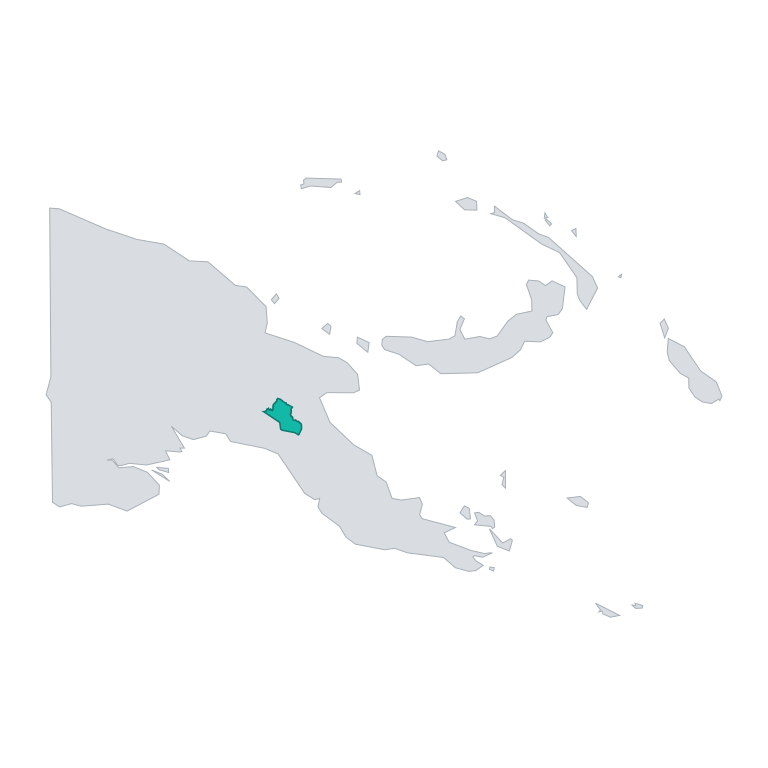 location of Menyamya District, Morobe, Papua New Guinea
{"feature_id": "67681753B12937966801252", "entity_name": "Menyamya District", "entity_type": "district", "adm_level": 2, "iso_a3": "PNG", "parent_name": "Papua New Guinea", "parent_adm1": "Morobe", "projection": "orthographic", "projection_center": [146.094, -7.257], "detail": "fine", "context": "in_parent", "style": "filled", "palette": "teal", "viewbox_px": 768, "rotation_deg": 0, "n_neighbors": 0, "source": "geoboundaries", "source_scale": "gbopen_adm2", "svg_char_len": 7265}
<svg xmlns="http://www.w3.org/2000/svg" viewBox="0 0 768 768"><path d="M52.5,502.3L51.2,402.2L46.1,394.8L50.9,376.9L49.7,208.1L59.3,208.8L105.6,228.9L136.9,239.4L164.1,244.2L189.3,260.9L207.9,261.8L235.4,285.4L246.6,287.0L266.1,306.7L267.3,322.8L265.1,332.9L294.8,342.6L323.2,356.3L338.6,357.8L347.1,362.6L357.6,374.4L359.5,390.1L353.4,392.8L326.9,392.6L319.5,397.7L330.0,422.4L353.9,445.0L371.9,455.3L377.1,475.7L386.2,482.1L392.0,498.3L401.3,500.1L419.5,497.6L422.4,504.3L419.6,514.5L422.2,518.7L455.4,527.5L444.2,532.8L449.2,542.2L470.8,550.4L484.2,553.5L492.3,552.7L482.8,557.2L474.4,555.7L472.8,557.1L476.2,561.1L483.2,565.3L475.8,570.6L468.6,571.3L455.2,567.7L443.6,557.5L407.4,552.8L394.8,548.3L384.9,549.8L355.4,544.2L345.9,537.0L339.5,526.3L322.0,513.3L318.0,506.9L319.7,498.4L314.9,499.7L304.8,493.5L278.1,453.9L264.5,448.3L230.6,441.5L225.7,433.8L209.8,431.0L206.3,436.1L193.4,439.6L182.4,435.9L171.4,426.3L184.4,448.1L179.9,448.1L182.0,451.5L179.6,452.0L165.5,450.8L169.8,459.8L146.6,465.0L129.3,463.3L121.1,465.6L117.7,465.4L113.2,458.7L106.9,460.0L112.2,460.1L118.9,467.8L133.4,466.6L147.4,472.3L159.4,485.3L159.0,494.3L127.0,511.1L108.3,504.1L81.3,506.2L71.6,503.6L59.6,506.9L52.5,502.3ZM538.8,281.0L545.4,285.6L552.1,280.9L565.0,286.9L562.4,308.6L558.1,314.6L547.2,316.6L545.8,319.8L552.8,332.7L549.8,337.2L540.3,341.9L524.6,341.2L520.4,349.9L511.6,357.6L477.6,372.8L440.8,373.7L428.7,364.0L416.0,365.7L399.0,354.3L384.7,349.6L381.8,345.2L382.2,339.6L386.1,336.3L411.6,337.1L427.8,341.7L449.0,339.1L455.0,335.7L457.3,321.8L460.8,316.0L464.4,318.7L459.9,329.5L464.8,339.2L480.0,336.5L489.6,338.9L497.1,336.1L507.9,321.1L516.4,314.3L531.9,311.0L531.7,299.9L526.4,284.5L528.6,280.1L538.8,281.0ZM721.9,395.8L719.9,400.8L718.9,399.1L711.2,403.6L702.4,401.9L694.7,396.8L688.9,387.9L688.7,378.0L680.3,373.4L669.3,360.6L667.2,352.2L668.3,338.5L684.4,346.8L700.6,370.9L716.2,381.8L721.9,395.8ZM597.6,287.9L586.6,309.4L579.9,300.5L577.3,294.2L576.9,277.6L559.6,252.6L541.7,244.1L505.3,217.9L490.9,213.7L494.5,212.5L494.5,206.2L512.5,219.8L523.7,223.2L538.5,233.8L548.6,237.5L592.5,276.7L597.6,287.9ZM306.3,178.1L341.0,179.1L341.6,182.0L337.0,182.3L331.1,187.5L310.4,186.0L301.3,188.7L300.7,185.0L304.0,183.9L303.5,180.1L306.3,178.1ZM478.6,512.3L484.8,516.1L490.2,515.7L494.1,520.0L494.7,527.0L492.4,528.6L491.0,526.4L474.4,524.8L477.6,520.9L474.6,512.9L478.6,512.3ZM476.9,210.1L464.7,209.9L455.5,201.4L467.5,197.5L476.6,201.4L476.9,210.1ZM502.8,543.0L510.6,538.7L512.4,540.3L509.3,551.0L497.3,546.2L489.4,528.8L502.8,543.0ZM567.2,498.1L580.3,496.4L586.6,501.2L588.4,502.9L587.1,507.4L576.2,505.4L567.2,498.1ZM595.5,603.2L619.6,615.4L610.5,617.2L602.9,613.9L602.0,611.0L598.9,611.9L600.5,609.9L595.5,603.2ZM367.8,352.3L356.8,343.2L357.4,337.1L369.1,342.6L367.8,352.3ZM470.4,518.9L467.2,519.2L460.0,512.8L464.4,505.8L469.4,508.5L470.4,518.9ZM664.7,337.9L660.1,323.3L664.3,319.0L668.4,328.3L664.7,337.9ZM329.6,334.3L321.9,328.6L327.6,323.4L331.0,326.2L329.6,334.3ZM446.8,159.8L442.5,160.8L436.9,156.1L438.5,150.8L445.0,154.3L446.8,159.8ZM279.0,298.5L274.5,303.7L271.3,299.7L276.4,293.9L279.0,298.5ZM505.4,470.6L505.5,488.1L502.0,484.6L503.8,477.4L500.3,475.3L505.4,470.6ZM162.3,474.3L169.7,481.4L151.7,470.0L162.3,474.3ZM168.7,472.5L158.8,469.7L156.8,467.4L168.4,468.4L168.7,472.5ZM642.8,605.6L642.1,608.1L635.7,608.4L631.5,604.8L635.6,605.7L635.0,603.2L642.8,605.6ZM575.9,228.4L576.2,236.5L571.6,230.8L575.9,228.4ZM551.7,223.8L549.8,225.9L545.2,220.2L546.1,219.1L551.7,223.8ZM494.3,567.6L493.6,571.1L489.3,569.2L489.9,567.0L494.3,567.6ZM547.8,217.5L544.3,218.4L544.9,212.9L547.8,217.5ZM359.6,190.6L360.0,194.6L355.0,193.6L359.6,190.6ZM621.5,274.2L620.9,277.9L618.3,276.7L621.5,274.2Z" fill="#d9dde1" stroke="#a8b0b8" stroke-width="1"/><path d="M290.1,405.9L288.3,404.8L288.0,404.8L287.8,404.8L287.5,404.8L287.4,404.8L287.2,404.9L286.9,404.8L286.8,404.7L286.6,404.5L286.6,404.4L286.5,404.2L286.5,403.8L286.4,403.7L286.3,403.4L286.2,403.3L286.2,403.2L286.1,402.9L285.9,402.9L285.6,402.9L285.3,402.8L285.1,402.8L283.3,401.7L282.0,400.5L280.7,399.5L280.2,399.2L279.6,399.0L277.8,398.5L277.6,398.4L277.5,398.5L277.4,398.7L277.4,398.8L277.3,399.1L277.2,399.2L277.2,399.3L276.9,399.5L277.0,399.7L277.0,399.8L276.9,399.8L276.9,400.0L277.0,400.2L277.0,400.3L277.0,400.5L276.9,400.6L276.9,400.8L276.8,401.0L276.7,401.0L276.6,401.3L276.4,401.4L276.3,401.5L276.2,401.5L276.0,401.8L275.9,401.9L276.0,402.0L275.9,402.1L275.7,402.1L275.7,402.3L275.4,402.4L275.3,402.5L275.2,402.6L275.2,402.8L275.1,403.1L274.9,403.2L274.9,403.3L274.7,403.4L274.6,403.5L274.4,403.5L274.2,403.7L274.1,403.8L273.9,403.9L273.9,404.0L273.6,404.2L273.6,404.3L273.5,404.5L273.4,404.6L273.4,404.8L273.3,405.0L273.0,405.5L273.1,405.8L273.2,406.1L273.3,406.2L273.2,406.3L273.3,406.4L273.3,406.5L273.2,406.6L273.3,406.7L273.2,406.8L273.1,407.0L272.9,407.3L272.9,407.6L272.9,407.9L272.9,408.0L272.9,408.3L272.9,408.5L272.9,408.8L272.9,409.0L273.0,409.0L272.9,409.2L272.8,409.3L272.8,409.6L272.9,409.8L272.8,410.0L272.7,410.0L272.4,410.1L272.3,410.3L272.1,410.0L272.1,409.9L271.9,409.8L271.9,409.7L271.7,409.6L271.4,409.7L271.3,409.8L271.2,409.7L271.1,409.4L270.8,409.2L270.7,409.3L270.7,409.5L270.6,409.4L270.6,409.5L270.6,409.8L270.4,410.0L270.2,410.1L269.9,410.1L269.7,410.1L269.4,410.0L269.4,409.9L269.2,409.7L269.1,409.4L268.9,409.2L268.7,409.0L268.6,408.9L268.3,408.8L268.2,408.8L268.2,408.7L268.0,408.9L267.9,408.9L267.7,409.0L267.3,409.0L267.2,408.9L267.0,409.1L267.1,409.3L267.0,409.5L266.9,409.6L266.8,409.8L266.8,410.0L266.7,410.0L266.7,410.3L266.5,410.5L266.4,410.7L266.4,410.8L266.1,410.9L265.9,410.8L265.7,411.2L265.8,411.3L265.7,411.4L265.4,411.5L265.1,411.5L264.8,411.5L264.6,411.5L264.3,411.5L264.2,411.5L263.8,411.7L263.7,411.7L270.0,415.9L279.8,422.5L280.6,429.1L282.1,430.2L295.0,432.7L298.8,435.2L298.7,435.1L298.7,434.9L298.8,434.7L299.0,434.4L299.1,434.2L299.1,433.9L299.1,433.6L299.3,433.6L299.4,433.3L299.5,433.2L299.7,432.8L299.8,432.7L299.9,432.4L300.0,432.3L300.1,432.1L300.2,431.7L301.6,428.9L301.4,424.5L301.2,424.4L301.1,424.2L301.0,423.9L301.0,423.5L300.9,423.4L300.6,423.4L300.5,423.2L300.3,423.2L300.2,423.1L299.8,423.0L299.7,423.0L299.6,422.9L299.7,422.7L299.4,422.4L299.4,422.2L299.2,422.2L298.9,421.9L298.5,421.8L298.4,421.7L298.5,421.6L298.4,421.4L298.1,421.3L297.9,421.4L297.6,421.4L297.4,421.4L297.2,421.5L297.0,421.4L296.7,421.1L296.6,420.9L295.9,420.3L295.8,420.1L295.7,420.0L295.4,420.0L295.0,420.3L294.6,420.2L294.3,420.1L294.1,420.2L293.9,420.1L293.7,420.1L293.4,420.0L293.4,419.9L293.3,419.7L293.1,419.6L293.1,419.4L293.0,419.2L292.9,419.1L292.6,418.9L292.5,418.7L292.6,418.2L292.7,417.8L292.8,417.7L292.8,417.4L292.7,417.3L292.6,417.2L292.4,417.0L292.3,416.9L292.1,416.9L292.1,416.7L291.9,416.6L291.7,416.5L291.6,416.3L291.4,416.4L291.2,416.5L291.0,416.3L291.0,416.1L291.1,415.9L291.1,415.7L291.0,415.4L290.9,415.2L290.7,415.2L290.5,414.8L290.3,414.7L290.3,414.4L290.5,414.3L290.7,414.2L290.8,414.0L290.8,413.8L290.8,413.7L290.7,413.6L290.7,413.3L290.7,413.1L290.9,413.1L291.1,413.0L291.1,412.8L291.1,412.6L291.0,412.4L291.2,412.1L291.2,411.9L291.2,411.6L291.3,411.6L291.4,411.3L291.4,411.2L291.3,410.9L291.2,410.6L291.2,410.4L291.1,410.2L291.0,409.6L290.9,409.5L290.9,409.3L292.5,407.2L290.1,405.9Z" fill="#14b8a6" stroke="#0f766e" stroke-width="1.5"/></svg>